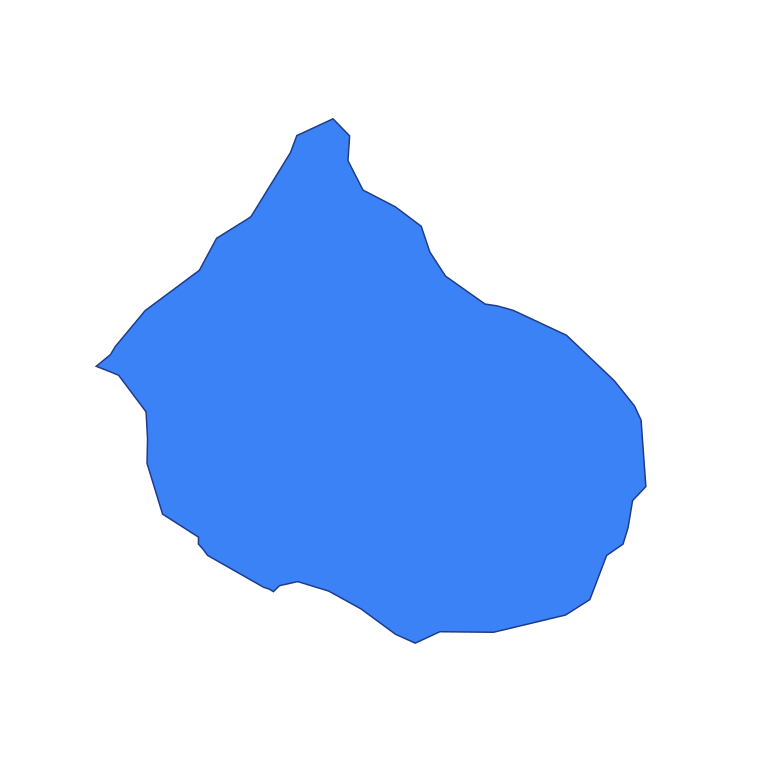 outline of Bui, Nord-Ouest, Cameroon, rotated 17°
{"feature_id": "32672807B1542757875740", "entity_name": "Bui", "entity_type": "district", "adm_level": 2, "iso_a3": "CMR", "parent_name": "Cameroon", "parent_adm1": "Nord-Ouest", "projection": "mercator", "projection_center": [10.721, 6.252], "detail": "fine", "context": "isolated", "style": "filled", "palette": "blue", "viewbox_px": 768, "rotation_deg": 17, "n_neighbors": 0, "source": "geoboundaries", "source_scale": "gbopen_adm2", "svg_char_len": 878}
<svg xmlns="http://www.w3.org/2000/svg" viewBox="0 0 768 768"><g transform="rotate(17 384 384)"><path d="M103.6,451.2L127.6,453.2L164.6,480.2L173.9,505.6L180.6,529.2L182.7,532.3L210.3,573.2L251.4,584.7L253.3,591.3L259.4,595.0L265.4,599.5L328.3,613.6L334.4,613.7L339.0,614.9L343.0,607.4L359.2,598.2L391.6,598.2L427.7,605.8L468.3,620.0L489.6,622.7L509.8,604.6L514.1,603.3L561.3,589.4L580.0,578.4L613.0,559.0L625.2,551.8L643.9,529.9L647.0,482.9L659.4,467.2L659.4,450.0L655.8,422.8L664.4,405.5L640.4,343.4L629.9,331.7L603.2,313.5L544.4,284.1L486.2,275.8L469.5,276.2L457.2,278.0L411.4,262.9L389.4,244.5L386.9,241.1L373.5,222.3L342.9,211.2L339.4,210.6L307.2,204.7L304.5,201.9L284.2,180.9L278.6,156.8L257.7,145.3L228.0,171.9L226.9,190.0L207.8,263.1L181.3,293.6L174.2,329.2L134.1,383.7L116.1,426.7L113.8,435.9L103.6,451.2Z" fill="#3b82f6" stroke="#1e3a8a" stroke-width="1.5"/></g></svg>